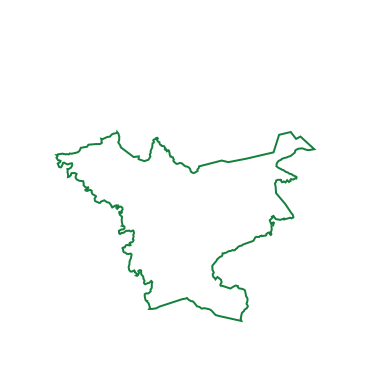 Upper Denkyira East Municipal, Central, Ghana, rotated 223°
{"feature_id": "2480657B45731574572143", "entity_name": "Upper Denkyira East Municipal", "entity_type": "district", "adm_level": 2, "iso_a3": "GHA", "parent_name": "Ghana", "parent_adm1": "Central", "projection": "orthographic", "projection_center": [-1.726, 5.836], "detail": "fine", "context": "isolated", "style": "outline", "palette": "green", "viewbox_px": 384, "rotation_deg": 223, "n_neighbors": 0, "source": "geoboundaries", "source_scale": "gbopen_adm2", "svg_char_len": 6076}
<svg xmlns="http://www.w3.org/2000/svg" viewBox="0 0 384 384"><g transform="rotate(223 192 192)"><path d="M287.6,184.8L287.3,184.4L287.5,183.4L289.3,181.0L289.9,179.4L289.8,176.5L291.4,174.6L293.4,169.8L294.7,169.0L293.5,168.4L292.8,167.3L291.5,166.6L291.7,165.0L292.2,164.1L294.7,161.8L299.8,156.2L300.0,155.6L299.6,153.6L303.5,148.4L302.9,147.2L302.4,145.4L302.5,143.7L303.3,142.0L306.2,137.8L307.7,136.8L307.7,135.6L307.9,135.3L309.4,134.4L310.0,133.4L311.2,132.8L311.9,132.2L313.0,131.7L313.2,131.2L315.8,128.0L315.5,127.1L316.1,126.6L314.8,126.5L314.6,126.0L314.5,124.6L311.5,123.9L310.3,124.8L309.3,125.1L309.0,124.6L308.9,123.8L309.6,121.2L306.2,119.7L304.7,120.5L304.6,121.0L305.3,123.6L306.2,125.3L305.5,126.3L303.5,126.7L301.7,127.4L300.9,129.1L299.5,131.1L298.0,130.2L297.1,127.5L297.8,124.9L298.8,123.9L297.0,122.3L296.6,121.6L294.2,120.0L292.9,118.3L292.2,119.5L292.0,121.3L292.1,121.8L293.0,123.4L292.9,123.7L290.6,126.0L288.7,126.5L287.7,123.9L286.9,123.2L285.0,122.5L282.2,123.3L278.9,125.7L276.7,124.1L275.9,123.0L273.9,122.8L272.2,123.1L271.1,124.6L270.6,124.3L270.6,123.2L271.5,120.9L271.0,120.5L269.4,121.2L268.4,123.3L267.6,124.3L266.1,124.5L265.4,123.4L263.3,122.6L259.5,123.5L259.1,123.1L258.8,120.9L257.5,119.7L256.7,119.3L252.5,120.7L251.8,121.4L252.0,122.9L250.5,126.1L247.4,126.5L245.2,127.7L241.5,127.1L241.2,126.6L239.8,126.3L239.2,128.1L239.0,129.3L238.2,130.7L236.8,131.8L235.9,131.0L235.9,130.6L236.9,129.5L236.6,128.8L235.2,128.7L235.2,130.7L234.6,132.3L233.5,133.0L232.0,132.9L230.8,131.8L230.6,130.4L229.4,129.3L229.3,128.3L229.9,127.7L231.2,128.3L231.5,127.6L230.2,126.6L228.8,126.1L226.3,126.2L224.8,124.1L223.0,122.3L220.0,120.3L220.1,119.5L219.2,120.0L219.0,120.4L218.1,120.5L217.5,120.4L216.6,119.3L216.7,117.9L218.0,116.5L219.0,113.8L217.1,112.1L216.4,112.0L215.7,112.7L215.7,114.1L214.7,114.8L214.2,115.8L213.7,118.7L212.4,119.8L211.6,121.0L210.1,121.3L209.7,121.6L208.9,123.7L208.4,123.7L206.4,122.5L205.8,120.7L204.2,119.5L203.2,117.2L201.9,117.0L201.4,115.6L201.6,114.3L202.7,113.0L202.7,111.9L202.0,111.9L200.7,111.3L201.0,110.5L203.1,109.2L204.0,107.9L203.4,105.5L204.4,104.7L204.6,103.5L202.8,102.7L201.9,101.8L200.8,101.5L199.2,102.2L197.5,102.3L196.1,103.4L194.8,105.2L193.4,105.0L191.6,102.0L190.3,98.6L188.5,96.6L187.1,93.8L184.7,92.1L182.8,91.9L181.7,92.8L180.7,95.3L179.7,95.0L179.2,94.4L178.9,94.3L178.4,94.5L175.9,94.5L175.6,93.9L175.9,92.8L175.1,93.1L174.8,94.2L175.7,97.0L177.3,97.5L177.2,98.5L176.8,99.4L175.8,99.8L175.6,99.8L173.0,97.2L170.4,96.9L169.3,96.4L168.6,95.6L166.1,94.6L165.2,92.8L164.4,92.5L163.3,92.6L162.2,95.2L161.5,96.0L161.3,97.0L161.2,99.1L159.7,99.1L158.7,97.3L156.5,95.0L155.9,94.0L155.8,92.4L154.4,91.0L154.7,88.4L155.3,87.4L156.3,86.8L156.9,85.1L155.6,83.6L152.5,81.4L150.9,81.2L150.5,81.6L150.3,81.2L147.8,81.0L143.8,78.7L143.5,77.3L141.3,79.4L138.8,82.6L137.7,85.9L125.9,107.2L124.0,109.6L123.5,111.0L121.1,110.9L118.3,111.5L117.1,112.5L115.4,112.6L110.4,111.8L108.1,113.1L105.9,113.2L105.2,113.5L103.8,115.4L99.9,117.8L98.2,118.4L97.2,118.6L90.9,118.1L87.4,119.9L67.9,131.4L70.0,132.5L70.2,133.3L71.0,134.1L71.1,134.5L71.6,135.1L73.1,137.8L72.8,140.2L73.2,141.2L73.3,141.8L72.7,144.2L73.0,146.2L74.0,147.0L75.6,147.3L76.1,147.7L76.5,148.9L77.2,150.1L77.8,151.0L79.1,152.1L81.4,152.7L85.6,155.8L86.6,156.2L87.7,156.0L89.7,155.1L91.8,153.6L93.7,153.7L94.3,154.5L96.2,153.4L97.0,151.5L98.1,147.6L105.3,144.3L107.1,143.0L107.7,143.2L108.2,143.9L108.7,146.1L110.9,147.6L115.4,147.2L115.3,144.1L116.8,144.6L118.1,144.4L119.3,144.8L120.8,146.0L120.9,147.2L121.2,148.0L124.2,149.2L125.6,150.8L126.0,150.9L126.9,152.2L127.2,158.4L127.7,160.0L127.3,163.7L126.4,165.2L126.7,166.4L127.8,168.1L126.7,169.0L126.4,169.9L125.7,170.8L124.8,173.7L123.5,175.3L122.7,177.2L121.5,177.9L121.1,178.5L121.0,180.5L120.7,181.7L120.9,183.0L120.3,185.0L119.0,186.9L118.9,188.3L113.8,198.1L114.7,201.8L114.4,203.0L112.2,204.9L112.2,206.0L111.9,206.6L111.2,207.0L111.2,207.7L110.4,207.9L108.4,210.4L108.2,211.0L109.0,212.0L108.5,214.3L107.9,215.0L106.2,214.3L105.2,214.2L105.0,214.7L105.2,215.3L107.1,216.5L107.5,218.0L108.6,219.5L110.4,220.9L111.0,222.1L109.9,222.8L111.0,225.3L111.8,225.2L112.8,222.8L115.9,224.4L115.6,228.0L116.7,228.4L116.1,230.1L112.3,229.3L108.4,231.9L106.6,235.3L105.9,234.8L102.5,240.3L101.3,240.6L100.5,242.4L100.8,242.9L102.9,244.1L105.3,244.4L115.4,246.8L129.7,248.5L134.8,253.2L137.2,254.8L137.3,256.3L138.3,257.7L137.5,259.5L135.1,261.6L134.0,260.7L132.7,260.6L131.8,262.1L131.9,262.3L131.3,262.6L130.1,262.8L130.4,265.5L127.9,265.4L127.8,266.8L127.5,267.3L128.4,268.1L128.4,269.0L126.4,270.2L126.0,272.0L124.9,272.9L125.6,274.2L126.1,274.3L129.6,273.1L131.6,272.9L133.2,271.8L135.4,271.6L137.0,270.7L139.8,270.4L141.9,269.5L142.7,269.5L144.8,268.7L147.8,268.4L149.4,270.5L149.7,271.4L149.9,273.7L148.7,276.8L148.9,277.5L147.4,280.3L146.3,281.8L145.6,283.7L144.5,285.3L143.7,290.8L144.8,293.1L143.9,295.9L141.2,299.1L137.2,300.8L134.9,302.5L131.8,306.7L150.5,306.5L152.1,301.8L160.7,303.2L167.3,293.2L159.4,276.6L175.0,253.4L185.8,238.6L191.7,235.3L204.3,215.6L203.4,214.1L203.4,212.2L202.3,211.3L203.1,208.0L204.1,206.7L206.1,206.1L207.9,206.7L208.9,207.5L210.8,207.8L212.6,207.4L214.3,206.3L215.8,206.0L216.6,206.2L217.7,205.9L218.5,206.2L220.6,205.1L221.4,203.4L222.5,202.0L226.1,201.8L226.9,202.1L227.4,203.3L228.2,203.5L228.6,203.9L229.6,204.3L230.7,203.6L231.4,203.8L232.0,203.2L234.1,204.3L234.9,205.2L236.4,205.9L236.6,206.3L237.1,206.1L237.5,206.3L237.6,205.7L237.9,205.7L238.3,205.3L238.4,204.8L239.0,205.3L239.2,205.0L239.8,205.2L240.0,204.8L240.8,204.6L241.2,204.9L241.3,205.9L242.2,205.9L243.5,206.5L244.7,205.8L245.2,205.2L246.4,205.3L246.6,205.0L247.9,205.0L248.8,205.3L249.8,206.2L250.9,205.7L253.2,206.2L253.6,207.9L254.5,207.9L255.1,206.6L255.0,205.7L255.6,204.3L255.6,203.4L253.8,202.5L253.7,201.8L254.0,200.6L251.6,197.6L250.2,193.7L249.1,192.8L248.3,190.5L246.5,189.5L245.9,185.8L247.9,182.1L253.4,179.6L255.2,181.8L258.5,177.8L274.6,176.1L276.1,177.1L279.8,178.0L280.6,180.2L282.9,182.9L285.7,184.5L287.6,184.8Z" fill="none" stroke="#15803d" stroke-width="2"/></g></svg>